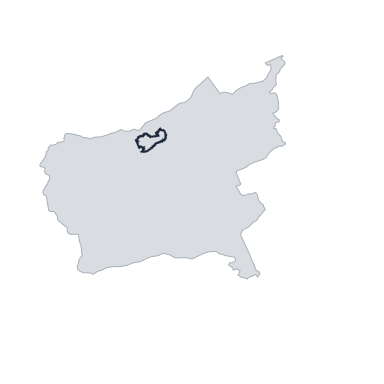 location of Shabunda, Sud-Kivu, Democratic Republic of the Congo, rotated 246°
{"feature_id": "63176286B28648737127916", "entity_name": "Shabunda", "entity_type": "district", "adm_level": 2, "iso_a3": "COD", "parent_name": "Democratic Republic of the Congo", "parent_adm1": "Sud-Kivu", "projection": "equal_earth", "projection_center": [27.534, -3.007], "detail": "fine", "context": "in_parent", "style": "outline", "palette": "slate", "viewbox_px": 384, "rotation_deg": 246, "n_neighbors": 0, "source": "geoboundaries", "source_scale": "gbopen_adm2", "svg_char_len": 8087}
<svg xmlns="http://www.w3.org/2000/svg" viewBox="0 0 384 384"><g transform="rotate(246 192 192)"><path d="M290.6,253.3L270.3,257.6L270.7,259.1L270.6,260.7L270.0,262.0L268.0,265.4L264.9,268.4L264.9,269.2L266.4,272.6L267.4,277.4L267.1,285.7L267.6,287.9L267.5,289.7L266.4,291.6L264.4,301.6L265.8,306.4L269.7,310.9L272.1,314.3L276.0,315.5L276.6,315.3L276.9,312.5L280.0,311.4L280.0,329.2L279.7,330.2L279.2,330.4L278.4,329.8L278.2,328.1L277.4,327.4L273.5,329.6L272.5,329.6L271.5,329.2L270.7,328.3L270.5,326.9L267.8,321.8L266.5,321.4L265.0,316.7L259.0,313.3L256.6,313.1L255.4,312.0L254.2,308.4L252.2,306.0L251.8,303.4L251.4,303.0L250.1,303.5L249.1,307.7L247.7,308.7L245.2,308.8L239.0,307.6L234.6,305.4L233.4,305.6L231.7,303.6L230.9,300.5L231.3,298.0L231.0,297.6L224.2,299.7L222.6,300.9L221.1,300.6L220.6,300.0L221.3,298.3L220.9,296.4L220.4,295.6L218.4,294.9L217.8,292.9L216.6,292.6L216.2,292.9L215.9,294.3L215.1,294.7L211.1,294.1L206.9,295.8L201.3,295.3L198.6,297.4L198.2,297.4L197.6,296.3L197.1,292.9L197.4,292.0L198.2,291.3L198.5,290.0L198.2,286.5L198.4,285.7L198.1,283.6L197.2,280.4L196.0,277.8L193.5,273.9L193.0,272.0L193.1,267.6L193.9,260.6L193.8,255.4L192.7,252.1L192.5,248.4L193.1,241.9L192.5,240.3L179.6,239.8L179.1,239.3L178.8,238.4L179.4,234.5L171.6,235.5L169.2,236.2L167.8,237.8L167.3,239.8L167.3,242.6L166.1,245.3L165.8,249.9L163.6,250.4L161.5,250.4L157.3,249.5L153.2,250.8L151.3,252.0L150.2,251.4L146.6,251.9L146.1,251.5L141.8,242.5L139.9,239.5L139.6,238.0L139.7,236.6L139.2,234.7L137.2,230.1L136.8,227.9L136.9,224.5L136.7,223.4L134.9,220.4L133.7,219.5L132.5,218.9L111.4,219.3L104.5,218.8L99.4,219.2L96.9,218.9L96.1,218.5L93.8,219.1L92.6,220.4L90.8,221.0L89.7,220.7L87.5,217.4L90.4,216.8L90.6,216.4L90.8,208.4L90.0,207.2L91.6,205.8L94.1,202.3L96.6,201.0L96.9,200.3L97.5,200.3L98.4,201.8L100.5,203.8L103.2,202.0L103.5,201.6L103.8,198.1L104.5,197.8L105.6,198.5L106.3,198.5L107.4,197.5L110.8,195.8L111.9,198.0L110.9,200.0L111.4,201.5L111.5,203.7L112.0,204.2L114.7,204.4L115.5,203.9L120.8,195.9L122.2,195.0L124.4,191.8L127.4,190.4L128.7,187.9L130.4,183.5L131.2,177.0L130.8,165.9L131.1,164.4L134.7,159.4L138.4,150.3L140.9,147.9L142.7,147.0L145.6,143.7L147.9,140.3L147.6,136.3L148.2,133.0L149.4,128.7L149.8,124.2L149.4,119.5L149.6,115.6L151.3,109.5L151.5,102.4L153.0,96.4L156.1,88.9L157.6,83.3L157.3,77.7L157.7,73.7L157.6,71.3L157.0,69.2L157.3,67.9L158.5,67.3L159.9,65.2L162.6,59.8L165.4,57.2L167.3,56.3L169.4,56.4L170.7,56.9L172.8,59.0L175.3,60.7L177.1,62.8L178.9,66.1L183.2,66.9L185.1,68.1L186.2,68.5L186.7,68.2L187.6,68.4L189.6,69.4L191.3,68.8L199.3,71.0L200.2,69.9L202.5,64.2L204.2,62.3L207.0,62.1L209.1,63.2L210.3,63.2L220.2,58.3L221.5,58.1L225.1,59.2L227.4,58.5L228.4,58.7L230.4,57.8L232.0,54.4L233.4,53.6L247.6,57.3L249.8,55.5L250.8,55.3L254.0,56.6L255.0,58.7L256.9,60.5L258.2,63.4L260.3,65.1L261.4,66.7L262.7,67.8L265.2,68.2L268.5,65.5L270.9,65.8L273.2,67.2L274.0,67.2L275.7,65.6L276.7,63.9L277.6,63.6L278.9,64.3L280.1,65.9L281.1,68.1L284.6,73.2L288.1,75.4L289.0,78.5L290.2,78.2L290.8,78.5L291.7,80.5L292.3,80.9L292.5,81.7L291.6,83.6L290.8,87.2L291.9,89.3L291.0,92.5L290.5,95.8L291.6,96.6L293.1,96.6L294.4,98.3L295.5,98.6L296.5,100.4L296.3,101.9L292.9,107.3L287.8,113.8L286.1,114.6L285.2,115.9L284.5,117.8L283.1,119.4L281.9,120.0L281.8,124.8L280.1,129.7L279.4,130.7L278.5,138.7L278.7,140.1L277.7,146.6L277.9,152.7L275.4,154.6L273.7,157.6L273.0,159.7L273.0,164.7L270.2,167.7L270.0,168.4L270.7,171.9L271.7,172.4L271.7,173.6L274.0,177.4L273.9,188.9L274.0,190.1L275.2,192.8L275.9,198.0L275.1,204.7L278.2,216.8L276.8,221.3L277.4,225.6L279.3,230.0L283.6,234.4L284.8,236.2L285.9,238.7L286.9,242.5L290.6,253.3Z" fill="#d9dde1" stroke="#a8b0b8" stroke-width="1"/><path d="M262.8,188.8L262.8,188.7L262.6,188.7L262.5,188.4L262.4,188.4L262.3,188.2L262.2,188.0L262.3,187.7L262.2,187.6L261.9,187.4L261.7,187.3L261.5,187.2L261.4,186.9L261.5,186.8L261.4,186.7L261.2,186.3L261.2,186.1L260.8,185.8L260.9,185.7L261.0,185.7L260.9,185.6L261.1,185.4L261.0,185.1L260.9,185.1L260.8,184.9L260.7,184.9L260.7,184.6L260.7,184.4L260.7,184.2L260.9,184.0L260.8,183.9L260.7,183.9L260.6,183.7L260.6,183.2L260.4,183.2L260.2,183.1L260.1,183.3L260.1,183.2L259.9,183.1L259.6,183.4L259.5,183.2L259.5,183.3L259.4,183.3L259.5,183.4L259.4,183.5L259.5,183.5L259.4,183.6L259.3,183.4L259.3,183.6L259.1,183.6L259.1,183.8L259.0,183.7L259.0,183.9L258.9,183.8L258.8,184.0L258.7,184.0L258.4,184.1L258.2,184.2L257.9,184.1L257.8,184.3L257.7,184.3L257.8,184.2L257.7,184.2L257.4,184.2L257.2,183.9L257.2,183.6L257.3,183.4L257.4,183.1L257.6,182.9L257.6,182.6L257.6,182.1L257.7,181.9L257.7,181.7L257.6,181.3L257.6,181.2L257.9,181.1L258.1,180.9L258.4,179.9L258.5,179.7L258.5,179.4L258.5,179.1L258.5,178.6L258.6,178.4L259.1,177.7L259.3,177.2L259.3,176.5L259.2,176.2L260.0,176.0L260.1,176.5L260.3,176.4L260.5,176.2L260.7,175.8L260.9,175.8L260.9,175.6L261.0,175.3L261.1,174.9L261.3,174.8L261.8,175.0L262.2,175.2L262.4,175.1L262.7,174.8L262.8,174.7L263.0,174.2L263.6,174.4L263.8,174.3L264.0,174.0L264.1,173.9L264.0,173.5L264.3,172.9L264.3,172.3L264.7,172.0L264.6,171.7L264.5,171.4L264.3,171.2L264.2,171.0L263.9,171.0L263.7,170.8L263.5,171.0L263.4,171.0L263.1,171.3L263.0,171.2L262.9,171.3L263.1,170.7L263.3,170.7L263.4,170.4L263.3,169.9L262.8,169.6L262.9,169.4L263.2,169.3L263.3,169.5L263.6,169.4L263.6,168.6L263.5,168.1L263.6,167.7L263.8,167.5L264.0,167.4L264.2,167.5L264.3,167.4L264.2,167.2L264.1,166.4L264.0,166.0L263.5,166.0L263.4,165.9L263.6,165.5L263.8,164.9L263.2,164.8L263.0,164.6L262.9,164.2L262.6,163.9L262.5,163.5L262.5,163.3L262.4,162.5L262.2,162.5L261.7,162.8L261.6,162.2L261.7,161.9L260.7,162.0L260.5,162.3L260.5,162.2L260.4,161.9L260.1,162.0L260.0,161.8L259.3,161.8L259.0,162.0L258.8,162.3L258.2,162.2L257.7,161.8L253.8,161.7L253.7,161.8L253.9,162.0L254.3,162.2L254.8,162.3L254.7,162.7L254.5,163.0L254.5,163.4L254.6,163.6L253.8,164.3L253.4,164.2L253.1,164.7L252.7,165.4L252.5,165.1L252.4,165.2L252.3,165.4L252.2,165.5L252.2,165.8L252.1,165.7L252.1,165.3L251.9,165.2L251.8,165.4L251.8,165.1L251.7,165.3L251.6,165.2L251.6,165.3L251.4,165.3L251.5,165.0L251.4,165.1L251.2,165.3L251.2,165.2L251.3,165.0L251.1,164.9L250.9,165.1L250.9,165.3L250.8,165.1L250.8,164.9L250.4,164.8L250.2,164.8L250.2,164.4L250.0,164.2L249.9,164.3L249.8,164.2L249.7,163.9L249.6,164.0L249.4,163.7L249.4,164.0L249.2,163.8L249.2,163.7L249.0,164.0L248.9,164.0L248.8,164.3L248.9,164.5L248.7,164.3L248.6,164.1L248.4,164.1L248.2,164.2L247.9,166.1L248.1,166.4L248.0,166.6L247.9,166.8L247.8,166.7L247.7,166.8L247.7,166.7L247.6,166.8L247.6,167.4L247.6,167.6L247.6,168.4L247.7,168.6L248.0,169.1L248.1,169.8L248.2,170.1L248.0,170.4L248.0,170.5L248.0,170.8L248.3,171.3L248.5,171.6L248.6,171.8L248.5,172.1L248.9,172.3L249.0,172.7L248.9,172.9L248.8,173.3L248.6,173.5L249.0,173.9L249.1,174.2L249.3,175.5L249.6,175.8L249.6,176.0L249.8,175.8L249.8,176.0L250.2,176.4L250.2,176.9L250.2,177.0L250.3,177.2L250.6,177.6L250.8,177.6L250.9,177.8L250.9,178.0L250.9,178.3L250.8,178.6L251.0,178.7L251.0,178.9L250.9,179.2L250.9,179.6L251.0,179.6L250.8,180.2L251.0,180.4L251.1,180.5L250.9,181.1L250.7,181.3L250.6,181.6L250.7,182.0L250.7,182.4L250.8,182.3L250.9,182.6L250.8,182.8L250.8,183.0L251.0,182.9L251.0,183.1L250.9,183.3L250.9,183.6L251.0,183.7L251.0,184.0L251.0,184.5L250.9,184.6L251.1,184.6L251.1,184.9L250.9,184.8L251.0,185.1L250.9,185.1L250.9,185.4L250.8,185.5L250.7,185.6L250.8,185.7L250.7,185.7L250.7,185.8L250.6,186.2L250.7,186.4L250.6,186.6L250.6,186.8L250.6,187.0L250.6,187.3L250.5,187.5L250.7,187.8L250.8,187.8L250.7,187.9L250.9,188.0L251.0,188.4L251.0,188.5L251.3,189.0L251.4,189.3L251.5,189.3L251.6,189.7L251.9,189.9L252.1,189.8L252.3,190.0L252.4,189.9L252.5,189.9L252.5,190.0L252.8,190.2L253.0,190.1L253.2,190.3L253.2,190.2L253.2,190.3L253.3,190.3L253.6,190.4L253.6,190.5L253.6,190.4L253.8,190.4L253.8,190.5L254.0,190.6L254.2,190.9L254.2,191.0L254.3,191.1L254.5,191.3L254.6,191.1L254.8,191.0L255.4,191.3L255.9,191.3L256.1,191.5L256.4,191.7L256.6,191.7L258.0,191.4L258.3,191.4L258.6,191.7L258.8,191.7L260.3,190.9L260.3,190.7L260.3,190.1L260.7,189.6L261.0,189.4L261.3,189.2L261.3,188.9L262.2,188.8L262.8,188.8Z" fill="none" stroke="#1e293b" stroke-width="2"/></g></svg>